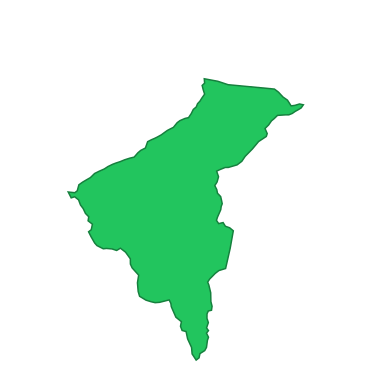 the district of Umari, Ceará, Brazil, rotated 125°
{"feature_id": "56859067B43612992911559", "entity_name": "Umari", "entity_type": "district", "adm_level": 2, "iso_a3": "BRA", "parent_name": "Brazil", "parent_adm1": "Ceará", "projection": "robinson", "projection_center": [-38.728, -6.619], "detail": "fine", "context": "isolated", "style": "filled", "palette": "green", "viewbox_px": 384, "rotation_deg": 125, "n_neighbors": 0, "source": "geoboundaries", "source_scale": "gbopen_adm2", "svg_char_len": 2093}
<svg xmlns="http://www.w3.org/2000/svg" viewBox="0 0 384 384"><g transform="rotate(125 192 192)"><path d="M263.0,293.4L266.1,287.6L263.2,285.4L263.5,280.4L266.6,275.9L268.0,271.6L270.7,266.9L271.5,262.4L275.2,260.6L275.5,255.1L280.7,252.9L283.9,253.9L286.5,249.1L289.6,242.5L290.4,239.1L289.4,232.1L287.3,229.7L284.5,224.8L283.1,220.2L279.1,218.4L279.4,211.9L282.1,204.2L286.4,201.1L288.5,197.5L290.7,188.0L297.7,184.6L304.4,179.0L307.5,175.1L307.0,167.7L305.4,162.7L303.8,158.7L301.0,155.3L293.5,148.8L295.4,145.4L297.8,143.2L303.8,133.4L304.3,126.3L308.6,124.4L311.1,120.7L309.7,116.8L314.8,111.4L319.6,103.2L324.6,99.0L327.3,92.2L323.8,91.1L319.8,92.8L314.6,90.6L311.0,91.0L304.6,94.3L301.5,95.2L299.3,99.2L296.1,99.0L295.0,102.1L289.6,103.7L286.9,107.3L283.2,109.8L280.1,110.4L277.7,108.2L274.1,110.0L270.9,113.7L263.8,118.9L258.5,124.9L256.8,127.5L253.0,127.6L249.7,127.0L245.4,126.3L240.9,124.9L235.4,120.6L216.3,128.4L200.1,135.9L199.7,140.6L200.9,145.0L199.2,149.0L202.6,152.0L201.2,155.7L198.0,156.7L190.0,158.3L187.1,159.8L184.3,160.5L182.1,162.8L179.3,165.9L178.4,170.4L175.8,173.1L173.7,177.0L169.4,177.2L164.3,179.0L160.8,183.8L157.5,181.9L152.9,178.9L151.0,176.3L143.9,170.6L138.3,168.8L132.3,168.9L122.1,167.2L112.5,166.4L103.9,163.0L101.0,163.9L98.1,168.6L93.1,167.7L88.1,167.7L84.9,166.8L80.2,165.9L75.3,159.8L73.2,156.9L70.1,154.9L66.8,153.7L63.3,152.0L60.5,150.8L56.7,150.8L58.2,154.4L62.0,157.4L64.6,160.2L62.0,166.5L62.0,172.0L60.6,178.4L60.4,183.5L83.4,224.0L86.5,234.4L92.2,246.9L95.6,244.1L98.9,244.8L101.7,241.6L104.6,237.8L109.5,237.8L113.0,237.6L116.5,238.1L119.9,237.3L123.6,238.3L128.0,237.6L133.1,237.5L135.7,239.9L140.4,242.8L143.7,243.9L146.8,244.1L149.7,244.3L152.8,246.0L155.7,247.5L159.4,248.8L162.7,249.9L167.0,252.0L169.7,253.5L172.6,255.3L176.2,257.2L182.7,255.4L187.4,257.9L190.9,258.8L196.6,259.4L200.0,262.4L204.2,265.6L208.4,268.3L212.0,271.0L214.8,272.9L219.3,275.4L223.5,277.1L228.3,280.0L232.7,282.4L238.5,283.5L242.1,285.2L246.5,287.2L250.9,288.8L256.8,286.7L259.8,287.6L263.0,293.4Z" fill="#22c55e" stroke="#15803d" stroke-width="1.5"/></g></svg>